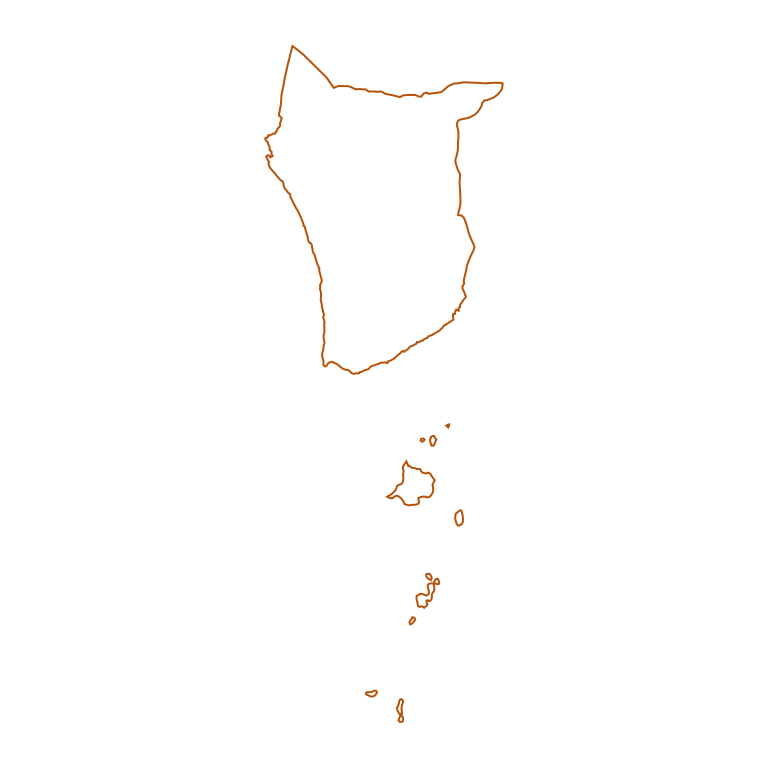 outline of Kaeb, Kep, Cambodia
{"feature_id": "14789045B37370397224280", "entity_name": "Kaeb", "entity_type": "district", "adm_level": 2, "iso_a3": "KHM", "parent_name": "Cambodia", "parent_adm1": "Kep", "projection": "natural_earth1", "projection_center": [104.317, 10.472], "detail": "fine", "context": "isolated", "style": "outline", "palette": "amber", "viewbox_px": 768, "rotation_deg": 0, "n_neighbors": 0, "source": "geoboundaries", "source_scale": "gbopen_adm2", "svg_char_len": 6089}
<svg xmlns="http://www.w3.org/2000/svg" viewBox="0 0 768 768"><path d="M268.4,163.4L269.5,167.0L271.5,169.6L273.9,172.3L278.8,178.3L280.5,180.0L283.0,181.7L283.9,186.5L284.7,188.4L286.6,190.6L287.8,192.3L290.3,194.6L290.4,196.3L290.8,197.8L291.6,199.2L294.2,204.7L295.2,206.1L295.7,207.6L297.3,210.0L299.1,213.3L299.8,215.3L300.7,216.9L303.6,224.4L303.6,226.0L305.0,226.8L305.2,228.9L306.6,233.1L307.0,235.2L308.0,237.4L307.7,238.8L308.3,240.9L309.5,242.7L310.9,243.4L311.7,244.7L312.9,251.9L314.6,255.0L316.3,260.7L316.9,262.9L317.6,265.0L318.4,266.8L319.3,268.0L319.1,269.9L321.8,280.4L321.0,283.5L320.1,284.6L320.2,287.3L319.9,289.2L320.6,290.8L320.9,292.4L321.0,294.2L320.9,298.0L320.7,299.6L321.9,305.2L321.9,307.1L323.0,310.4L323.0,312.0L323.9,314.0L323.8,315.7L323.1,317.0L324.6,322.4L324.2,323.9L324.4,331.5L324.2,333.8L323.6,335.3L323.7,339.2L324.3,341.4L324.5,343.1L323.7,345.4L323.2,349.7L322.9,351.3L322.2,353.1L322.1,355.8L323.5,361.2L323.5,365.1L324.8,366.4L326.3,366.1L327.6,364.0L328.7,362.9L330.1,362.2L331.6,361.8L333.4,362.4L337.0,364.1L342.2,368.3L344.6,369.5L346.6,369.8L348.9,370.4L350.4,371.8L351.4,373.0L352.6,373.6L354.5,373.8L356.0,373.2L358.8,373.5L359.8,372.2L361.8,371.8L364.6,370.2L368.1,369.3L369.2,368.4L370.1,367.2L371.4,366.3L372.9,365.6L374.2,365.4L377.0,364.3L378.5,364.1L379.9,363.0L381.1,362.7L385.7,362.5L387.5,363.1L387.8,361.6L391.3,360.2L394.2,358.4L398.0,354.9L400.4,353.2L401.3,352.0L403.0,350.9L404.2,351.8L405.5,350.6L407.0,349.9L408.7,348.3L409.9,346.7L411.1,346.1L412.5,345.9L414.0,344.8L416.5,343.7L416.8,342.1L418.3,342.3L419.8,341.7L421.1,340.8L422.5,340.8L423.4,339.6L426.0,338.3L427.3,337.9L428.1,336.5L432.0,335.0L439.4,330.6L442.5,327.6L443.5,326.4L444.2,325.2L445.6,324.9L446.7,323.9L449.4,322.3L453.4,319.6L453.3,318.0L452.9,315.9L453.2,313.9L454.8,314.0L455.0,312.1L456.2,309.6L458.6,310.8L458.6,307.9L460.0,307.2L460.2,304.5L462.2,301.9L463.7,299.4L465.2,298.0L465.9,296.4L465.2,294.9L463.7,290.8L462.7,289.4L462.4,286.6L464.2,283.4L463.7,280.9L464.4,277.5L466.4,269.5L466.7,266.7L467.5,264.0L469.7,258.3L473.6,249.9L474.2,248.1L474.5,246.6L469.7,235.8L468.8,233.3L466.2,223.5L463.9,217.9L461.8,215.6L459.5,215.4L458.0,214.9L460.2,205.4L460.5,202.0L460.2,192.2L459.6,183.9L459.6,181.1L460.2,174.4L458.1,170.4L457.3,168.3L455.9,163.7L455.3,161.0L455.7,158.9L457.0,154.3L457.8,150.1L458.0,142.2L458.4,138.4L458.4,132.4L458.2,130.3L457.3,126.7L456.8,124.0L457.9,121.2L458.9,120.0L461.8,119.2L466.6,118.3L469.9,117.3L474.6,114.7L476.0,113.6L478.2,111.2L480.1,108.5L481.7,105.5L482.2,103.1L484.3,100.4L486.3,100.4L493.8,97.5L497.3,94.8L499.8,92.1L501.2,90.3L502.0,88.3L502.4,86.0L502.7,83.5L500.7,82.9L494.4,82.7L485.1,83.4L479.2,82.9L463.8,82.3L458.2,83.3L454.2,83.5L448.4,86.1L441.3,92.1L435.5,93.0L431.6,93.4L428.6,93.9L426.9,92.6L423.7,93.4L421.3,96.6L419.1,96.6L414.9,94.9L407.4,95.0L403.0,95.4L400.0,97.1L392.9,95.3L385.5,93.9L381.1,91.5L378.1,91.8L371.0,91.4L368.7,91.6L365.7,89.5L360.3,89.1L355.4,89.2L351.3,87.2L348.4,86.2L340.1,86.0L337.2,86.3L333.8,87.9L326.5,77.5L303.1,54.4L296.7,49.2L292.4,46.1L287.5,65.7L284.8,77.9L282.9,88.4L281.5,95.0L281.2,98.7L281.2,101.7L280.9,104.3L278.8,115.4L281.7,118.0L280.7,121.5L279.9,123.5L280.3,125.3L278.9,127.5L277.6,128.6L277.0,130.4L276.0,131.7L275.4,133.5L273.9,133.4L271.1,134.7L269.9,135.5L268.3,135.2L267.6,137.5L265.5,137.9L265.3,139.6L267.8,142.2L268.1,143.9L269.5,146.9L269.7,150.1L271.5,151.6L271.6,154.2L272.6,156.0L270.3,157.3L269.4,155.5L267.5,155.3L266.2,156.6L268.1,160.5L269.1,161.9L268.4,163.4ZM408.4,466.2L406.4,461.4L405.0,463.6L404.0,464.7L402.9,467.1L403.0,468.7L403.7,470.7L403.1,474.6L403.4,478.5L402.9,481.8L401.5,484.0L398.7,484.9L397.0,486.3L395.5,490.3L391.3,494.3L387.2,496.8L389.6,497.9L391.3,498.4L392.8,498.1L394.1,496.8L395.9,496.0L397.9,495.9L400.7,498.0L401.8,499.1L403.1,500.8L404.4,503.9L405.6,504.5L409.0,505.4L411.4,504.9L414.9,504.8L416.6,504.4L418.3,503.7L419.0,502.3L418.8,500.7L418.3,498.2L419.5,497.4L423.6,496.5L425.3,496.7L426.7,497.3L429.5,497.0L430.8,495.6L432.3,493.4L433.0,491.8L433.2,489.7L432.6,484.3L434.8,480.3L432.1,476.8L430.9,474.6L429.1,473.0L427.7,472.7L425.6,473.5L422.5,472.7L421.1,471.3L420.2,469.2L418.2,468.9L416.9,469.1L415.7,468.4L413.7,467.9L411.8,467.8L409.8,466.1L408.4,466.2ZM431.9,594.5L432.7,592.7L433.8,591.4L434.4,589.4L434.4,587.8L433.9,585.3L433.4,583.5L431.6,583.2L428.9,583.9L427.7,585.4L428.0,587.9L429.1,592.5L428.6,594.0L426.7,595.6L425.3,595.3L423.3,594.3L421.4,593.8L419.7,593.9L418.6,595.1L416.7,595.7L416.5,597.3L416.6,599.5L417.3,601.6L418.0,606.1L419.5,606.9L421.4,606.3L423.0,606.9L424.2,607.8L427.4,604.9L426.7,603.2L426.5,600.9L427.5,600.1L428.8,601.2L430.7,600.5L431.7,598.7L431.9,594.5ZM460.0,525.3L461.5,524.3L462.9,522.0L463.0,520.4L462.8,516.2L461.8,512.0L461.1,510.3L459.8,510.4L458.2,511.8L456.9,512.6L455.6,514.1L455.2,517.9L455.3,519.4L456.1,521.8L456.4,523.4L457.9,525.5L460.0,525.3ZM400.7,714.4L402.0,713.6L401.5,708.2L401.9,705.8L402.4,703.8L403.2,701.7L402.6,700.1L401.0,699.1L399.9,699.9L399.2,701.4L398.9,703.4L398.0,706.1L397.1,707.5L397.1,709.5L398.5,712.5L399.2,713.8L400.7,714.4ZM433.8,445.5L434.6,443.5L436.4,439.4L435.0,438.0L434.0,435.9L432.3,436.1L430.9,437.2L430.2,439.4L430.1,441.1L431.5,445.6L433.8,445.5ZM377.1,692.1L375.9,690.6L374.4,690.7L371.3,692.0L369.4,692.3L367.4,692.2L365.9,692.9L366.4,694.6L368.0,695.2L370.2,696.3L372.4,696.6L374.1,696.0L375.2,695.2L376.3,693.8L377.1,692.1ZM431.7,578.0L431.3,576.4L429.9,574.1L428.3,573.7L426.5,574.2L426.1,576.0L426.9,577.4L429.6,579.5L431.0,580.0L431.7,578.0ZM400.7,714.4L399.8,717.1L399.0,718.9L398.5,720.5L399.7,721.8L402.0,721.9L403.0,720.7L403.1,719.0L403.1,717.5L400.7,714.4ZM412.2,623.6L415.2,619.6L414.3,617.7L412.3,617.3L411.5,619.0L410.1,620.9L409.5,622.4L410.0,624.3L412.2,623.6ZM439.2,583.6L439.0,582.1L438.2,579.1L437.0,578.7L435.5,579.5L434.2,581.4L434.9,583.5L437.9,584.3L439.2,583.6ZM423.5,441.2L424.6,439.6L423.6,438.6L422.2,438.5L420.9,439.0L420.6,440.5L421.8,441.7L423.5,441.2ZM449.0,426.0L449.1,424.4L447.8,424.7L446.3,425.6L448.2,427.4L449.0,426.0Z" fill="none" stroke="#b45309" stroke-width="2"/></svg>